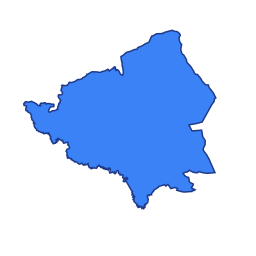 Phrom Phiram, Phitsanulok, Thailand (Mercator projection), rotated 343°
{"feature_id": "78962969B88241581512503", "entity_name": "Phrom Phiram", "entity_type": "district", "adm_level": 2, "iso_a3": "THA", "parent_name": "Thailand", "parent_adm1": "Phitsanulok", "projection": "mercator", "projection_center": [100.076, 17.065], "detail": "fine", "context": "isolated", "style": "filled", "palette": "blue", "viewbox_px": 256, "rotation_deg": 343, "n_neighbors": 0, "source": "geoboundaries", "source_scale": "gbopen_adm2", "svg_char_len": 5748}
<svg xmlns="http://www.w3.org/2000/svg" viewBox="0 0 256 256"><g transform="rotate(343 128 128)"><path d="M119.3,209.8L119.8,209.2L119.8,208.8L120.3,209.1L120.8,208.9L120.6,208.4L121.1,208.3L120.9,207.9L121.2,207.6L120.7,207.3L121.5,206.1L122.2,205.9L122.3,206.3L122.7,206.5L123.0,205.8L124.7,205.3L125.3,204.6L126.3,202.5L126.6,201.2L126.4,200.0L126.8,199.5L126.4,198.9L127.6,197.9L128.2,198.0L128.8,198.8L129.6,198.2L131.0,198.8L131.6,197.2L134.0,196.0L134.1,195.3L134.8,195.1L135.4,194.5L137.2,194.4L139.6,193.3L139.8,193.5L140.4,192.9L146.3,192.9L147.2,194.6L149.7,193.6L151.3,198.5L155.5,198.6L157.7,200.4L156.4,201.8L161.1,204.8L163.1,205.7L170.7,207.4L171.2,206.6L172.6,207.1L174.1,206.7L171.1,203.7L173.6,201.7L174.0,200.6L172.1,199.0L171.1,197.5L170.9,196.9L171.4,194.9L171.5,193.0L169.6,191.8L168.3,190.1L167.5,187.7L167.7,187.3L169.7,187.1L171.7,187.4L173.6,186.8L173.9,186.3L174.3,186.4L177.5,189.4L178.9,190.2L181.3,191.1L182.9,190.4L186.6,192.7L190.5,194.5L198.1,196.1L196.4,181.4L195.3,176.3L193.8,172.6L193.6,170.6L194.0,169.6L196.8,166.5L198.0,163.1L198.1,162.2L196.9,158.3L197.8,151.6L188.6,149.6L188.2,149.0L187.2,142.8L195.4,143.8L200.7,143.9L215.0,130.1L218.1,127.8L219.3,125.4L220.8,124.9L219.7,118.9L217.4,113.1L217.3,111.8L217.5,110.4L215.7,109.8L214.7,109.1L212.6,104.9L212.1,102.2L210.2,97.4L209.6,96.8L208.2,96.4L207.4,94.3L207.4,92.9L206.1,87.8L203.5,82.4L203.8,79.8L203.6,78.5L202.6,74.4L201.7,73.5L201.3,72.2L201.3,68.8L202.5,65.9L203.7,64.0L202.7,61.0L202.8,58.3L203.5,56.1L205.1,54.7L205.1,54.0L204.9,52.7L203.2,50.2L200.3,48.9L199.0,47.5L191.4,47.2L190.4,47.5L189.0,47.4L188.8,47.8L182.8,46.2L178.7,47.2L177.6,47.0L172.9,52.2L169.3,52.5L165.4,53.6L161.0,53.9L159.5,55.3L156.9,54.8L152.9,55.4L149.2,55.2L147.8,55.5L144.9,57.0L142.1,57.6L141.4,62.0L141.4,64.6L140.6,66.5L140.6,68.8L139.9,73.4L138.4,76.0L136.5,74.5L136.0,71.1L135.2,69.3L134.4,68.9L133.6,69.6L133.3,69.5L133.1,68.6L133.7,66.5L133.3,65.6L131.6,66.0L131.6,66.7L129.4,67.0L126.6,68.0L126.3,66.4L125.9,66.4L125.8,66.0L122.4,66.7L119.8,66.4L117.9,66.8L113.9,65.0L109.9,63.7L104.7,64.9L104.4,64.6L103.7,65.6L100.8,66.6L99.6,66.6L98.8,67.3L97.8,67.5L95.0,67.4L94.7,67.1L93.6,67.0L91.7,67.8L88.5,68.1L87.1,68.0L85.3,67.1L83.1,69.1L81.7,69.4L79.2,68.7L78.0,67.9L77.2,67.9L76.9,68.1L77.3,68.9L77.2,69.4L76.2,70.2L74.9,72.6L75.5,73.7L75.6,75.5L74.4,76.8L73.0,76.7L71.7,75.9L71.0,76.2L70.4,77.8L70.8,79.4L71.7,81.3L71.3,81.6L71.5,82.1L70.7,83.1L70.6,83.6L69.8,83.7L69.8,84.3L68.9,84.6L68.8,85.1L68.4,85.3L68.4,85.9L67.2,86.9L66.4,88.6L66.2,89.8L65.5,89.4L63.9,90.0L60.7,89.4L58.2,90.0L57.2,89.7L56.9,88.9L57.4,87.8L59.4,85.6L61.5,85.2L62.7,85.9L63.4,85.7L64.0,84.0L63.6,83.3L62.0,83.0L60.3,81.8L58.2,81.1L56.4,81.0L56.5,79.9L55.3,79.3L53.7,79.6L52.4,78.8L51.7,78.9L50.7,79.7L50.9,81.2L49.8,81.0L48.3,79.7L47.5,78.0L46.5,77.4L45.8,76.2L44.3,75.2L43.6,74.3L40.4,74.2L37.9,72.9L37.0,73.2L36.7,73.9L35.7,74.0L35.4,74.4L35.2,76.0L37.3,77.4L36.9,78.8L35.9,79.3L35.5,81.2L35.8,81.9L37.0,82.1L36.9,83.4L39.0,85.5L39.2,88.4L38.5,89.6L38.9,90.9L38.5,92.0L39.0,92.6L39.7,94.2L38.9,95.8L39.1,96.1L40.3,96.3L40.1,96.8L39.2,97.4L38.9,99.1L39.1,100.4L40.0,102.1L40.0,103.6L41.0,104.1L41.6,105.4L42.5,105.6L43.8,107.1L44.5,107.2L44.9,107.7L45.7,107.5L45.6,108.6L45.9,108.9L47.7,109.1L48.3,108.7L49.4,109.9L50.3,109.3L50.7,109.4L50.6,110.2L50.1,110.6L51.1,111.6L50.8,112.5L51.5,113.1L51.6,114.0L51.0,114.4L50.9,115.1L50.5,115.6L51.0,116.6L51.3,118.1L50.9,118.6L51.6,119.5L51.5,120.1L51.9,121.2L53.3,121.1L54.0,121.3L54.9,120.5L55.6,121.0L56.2,120.3L55.8,119.6L55.8,118.3L56.4,118.3L57.4,119.3L57.5,118.6L57.8,118.0L57.6,117.6L58.1,117.4L58.7,118.0L58.7,118.8L59.5,119.2L61.0,120.9L61.8,120.7L61.7,122.4L62.1,123.8L66.1,123.9L66.1,125.5L65.4,126.4L66.4,127.9L66.2,129.9L65.4,130.5L64.0,130.4L63.1,130.8L62.5,131.8L62.0,132.0L62.5,133.0L62.3,133.5L62.5,133.9L61.9,135.2L62.0,136.3L61.6,136.4L61.9,137.4L61.6,137.7L62.0,138.0L61.5,138.3L61.9,138.8L61.6,139.2L63.3,139.7L64.0,140.6L64.8,140.7L64.6,141.6L65.2,141.7L65.3,142.6L66.4,143.3L66.5,143.7L66.9,144.1L66.9,144.7L67.4,145.1L68.1,145.0L69.1,145.4L69.6,146.9L70.4,147.6L70.7,148.3L72.6,148.4L73.2,148.0L73.8,148.3L73.9,149.2L74.7,150.5L75.4,150.3L76.0,150.9L76.5,150.7L76.1,150.2L76.3,150.0L77.5,150.9L79.3,150.5L78.8,151.4L79.4,152.0L79.2,153.4L79.6,154.0L79.4,154.5L80.4,155.2L80.9,156.2L81.2,156.0L81.0,155.3L82.1,155.3L82.2,156.1L84.1,156.3L85.9,157.3L87.0,156.8L87.3,155.8L88.5,155.9L89.3,155.0L89.8,155.6L89.8,156.3L90.7,156.9L90.4,157.6L92.6,157.7L92.6,158.2L91.8,158.4L91.8,158.8L93.0,159.7L93.3,159.0L93.6,159.0L93.9,159.5L93.4,160.2L94.1,160.3L94.3,161.0L94.9,161.1L95.2,160.3L95.5,160.3L95.9,161.6L96.7,161.8L96.8,162.5L97.3,161.9L97.5,160.7L98.6,160.9L99.2,162.1L98.6,162.7L98.5,163.6L97.4,165.1L97.4,165.7L99.3,165.8L99.7,165.6L100.1,165.9L100.5,165.7L101.2,166.6L102.1,166.1L102.3,166.5L102.0,167.0L102.0,167.8L102.3,168.0L103.3,167.4L104.3,166.0L105.9,165.8L106.1,166.5L105.7,168.3L106.0,169.1L106.9,169.2L106.7,170.7L109.1,171.2L109.5,171.6L108.4,173.8L108.9,174.9L109.9,175.4L110.6,174.8L111.3,175.2L112.0,174.8L112.5,175.1L112.9,176.3L112.2,176.9L111.6,176.6L110.9,176.8L110.3,176.4L108.7,176.5L107.9,177.3L108.1,177.8L109.0,178.4L110.7,178.4L113.3,189.9L113.6,190.2L112.8,191.0L113.4,192.6L112.4,192.7L112.2,193.1L113.3,193.8L113.6,194.6L114.4,195.6L113.9,195.8L112.7,195.1L112.2,195.5L113.1,197.0L112.9,197.3L111.9,197.8L112.0,198.2L112.8,198.6L112.2,200.2L113.1,201.3L113.4,202.3L114.5,203.5L114.4,203.8L113.7,204.3L114.1,205.1L114.1,205.9L114.6,205.9L115.0,205.1L115.6,205.7L115.5,206.3L114.7,206.5L114.6,206.9L115.6,207.2L116.0,206.7L117.1,206.5L117.1,207.3L117.7,207.6L117.7,208.4L118.4,207.7L118.8,207.8L118.8,208.3L118.3,208.9L119.3,209.8Z" fill="#3b82f6" stroke="#1e3a8a" stroke-width="1.5"/></g></svg>